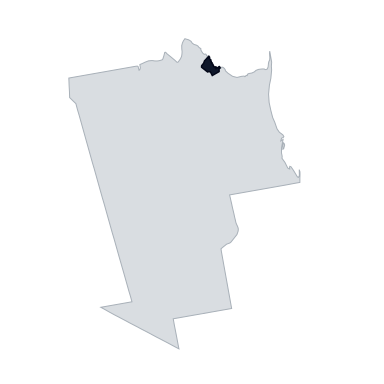 Kaedi, Gorgol, Mauritania shown in context, rotated 170°
{"feature_id": "47542326B29120201182559", "entity_name": "Kaedi", "entity_type": "district", "adm_level": 2, "iso_a3": "MRT", "parent_name": "Mauritania", "parent_adm1": "Gorgol", "projection": "equal_earth", "projection_center": [-13.341, 16.007], "detail": "fine", "context": "in_parent", "style": "filled", "palette": "ink", "viewbox_px": 384, "rotation_deg": 170, "n_neighbors": 0, "source": "geoboundaries", "source_scale": "gbopen_adm2", "svg_char_len": 4894}
<svg xmlns="http://www.w3.org/2000/svg" viewBox="0 0 384 384"><g transform="rotate(170 192 192)"><path d="M169.2,342.6L168.8,342.4L166.8,340.6L165.9,338.5L164.3,336.9L162.2,335.9L160.8,334.7L160.1,333.3L159.3,332.4L158.5,331.9L158.4,331.4L158.6,330.7L158.4,329.5L157.2,326.7L156.0,325.4L155.0,325.6L154.4,325.3L154.1,324.7L154.0,323.8L153.3,323.0L152.1,322.6L151.2,320.6L150.4,316.8L149.5,313.8L148.4,311.7L147.6,310.9L147.0,310.8L146.7,310.5L146.6,309.8L145.7,309.6L144.4,310.3L143.3,310.1L142.8,309.0L142.0,308.9L141.0,309.8L140.0,309.5L138.8,308.2L138.1,306.8L138.0,305.5L136.0,302.8L132.0,298.9L127.8,297.0L123.1,297.3L120.5,297.1L120.0,296.4L119.4,296.5L118.8,297.2L118.2,297.4L117.6,297.0L117.2,297.3L117.0,298.3L115.4,298.8L112.3,298.8L109.7,299.5L107.8,300.7L105.1,301.2L101.6,301.0L99.5,300.6L98.8,299.9L97.8,299.7L96.5,300.1L95.3,302.0L94.3,305.6L93.4,307.6L92.7,308.1L92.0,310.8L91.6,315.2L91.0,317.2L91.0,306.1L92.0,302.0L92.4,298.3L94.6,290.3L97.2,283.8L99.6,275.1L100.5,266.7L100.2,258.5L99.6,251.2L98.4,246.3L97.3,239.4L95.6,235.7L92.6,232.5L91.9,230.6L92.6,229.9L94.5,229.4L95.7,226.9L93.2,227.9L96.1,220.2L97.1,215.0L97.0,211.6L97.5,209.5L95.3,204.9L93.6,199.1L92.7,198.2L91.8,197.7L91.7,199.1L91.2,200.3L90.1,199.6L88.2,195.4L85.6,188.6L84.7,187.9L83.9,188.8L83.4,189.7L82.5,195.4L82.2,193.1L82.6,190.5L83.3,187.2L84.1,182.7L86.4,182.7L90.5,182.7L98.8,182.6L103.0,182.6L111.3,182.6L115.4,182.6L123.7,182.6L127.9,182.6L136.2,182.6L140.3,182.6L148.6,182.6L152.8,182.6L155.5,182.6L155.3,179.3L155.2,176.8L155.0,173.3L154.9,169.9L154.7,166.5L154.5,163.3L154.4,160.1L154.2,157.1L154.1,154.4L153.8,152.8L153.0,149.7L152.8,148.2L153.0,146.6L153.6,145.0L155.2,142.2L157.6,140.1L160.4,137.6L162.6,135.7L163.7,135.2L167.0,134.6L169.7,133.1L172.2,131.7L173.3,131.0L173.4,128.3L173.2,70.4L185.8,70.4L189.1,70.4L212.3,70.4L215.7,70.4L232.5,70.4L232.5,67.7L232.5,63.8L232.4,58.5L232.3,53.1L232.2,43.7L232.1,39.8L235.5,42.4L242.2,47.7L245.6,50.3L252.4,55.5L259.1,60.8L265.9,66.0L269.3,68.7L272.7,71.3L276.1,73.9L279.5,76.6L286.3,81.9L289.2,84.1L293.6,87.6L297.7,91.0L301.8,94.3L295.6,94.3L287.2,94.3L281.5,94.3L275.6,94.3L270.2,94.3L270.7,99.8L271.4,105.7L272.0,111.7L272.6,117.7L273.2,123.6L275.1,141.6L275.7,147.6L276.3,153.6L276.9,159.6L277.6,165.6L278.8,177.7L279.4,183.7L280.0,189.8L280.6,195.8L281.3,201.9L281.9,207.9L283.1,220.0L283.7,226.1L284.3,232.2L285.0,238.3L285.6,244.4L286.2,250.5L286.8,256.6L287.4,262.6L288.6,274.9L289.2,281.0L289.8,287.1L290.5,293.2L291.0,299.2L293.3,302.3L296.1,306.2L295.3,311.8L294.5,318.4L293.5,325.6L285.9,325.6L278.4,325.6L259.7,325.6L255.9,325.6L237.2,325.6L233.4,325.6L226.2,325.6L224.0,325.5L223.3,324.9L223.0,321.1L222.3,321.4L221.6,322.5L221.2,323.7L221.3,325.2L221.2,326.6L218.8,327.1L215.6,328.0L212.1,328.7L208.7,328.4L207.5,328.1L206.2,327.6L203.5,327.1L202.0,327.0L200.3,327.1L198.3,327.4L197.6,328.1L196.1,330.9L194.6,334.2L193.7,334.2L192.6,332.4L189.6,329.0L185.9,324.6L184.3,322.4L183.4,322.2L181.7,323.7L180.2,325.2L178.7,327.4L178.0,329.4L177.4,331.8L177.2,334.7L176.7,338.0L175.4,340.7L173.9,342.7L172.8,343.7L172.4,344.2L169.2,342.6ZM94.5,222.2L93.3,224.5L92.8,223.6L92.6,222.1L93.7,219.8L94.2,218.7L95.1,218.3L94.5,222.2Z" fill="#d9dde1" stroke="#a8b0b8" stroke-width="1"/><path d="M144.4,305.9L143.9,308.7L143.0,309.0L142.9,309.2L142.8,309.4L142.7,309.5L142.8,310.0L143.0,310.3L143.1,310.5L143.3,310.8L143.5,310.8L143.7,310.5L143.7,310.4L143.8,310.4L144.1,310.5L144.3,310.4L144.5,310.3L144.6,310.2L144.9,310.1L145.0,310.0L145.2,309.9L145.3,309.8L145.5,309.8L146.3,310.0L146.5,309.9L146.8,309.7L147.0,309.5L147.1,309.8L147.1,310.0L146.8,310.1L146.5,310.3L146.4,310.6L146.6,311.0L146.9,311.1L147.0,310.9L147.2,310.6L147.3,310.5L147.5,310.5L147.6,311.0L147.8,311.1L148.1,311.3L148.4,311.5L148.5,311.5L148.9,311.7L149.0,311.9L149.0,312.3L148.9,312.8L149.0,312.9L149.1,313.0L149.2,313.3L149.2,313.9L149.3,314.2L149.5,314.5L149.7,314.8L149.8,314.9L150.0,314.9L150.1,315.0L150.1,315.4L150.0,315.5L149.9,315.6L149.8,315.8L149.9,316.0L150.0,316.1L150.3,316.3L150.4,316.5L150.4,316.8L150.4,317.0L150.4,317.4L150.4,317.5L150.5,317.6L150.6,317.8L150.7,318.0L150.8,318.1L151.0,318.3L151.0,318.5L150.9,318.5L150.7,318.4L150.6,318.6L150.5,318.8L150.6,319.0L150.8,319.2L150.9,319.3L151.0,319.4L151.1,319.5L151.3,319.7L151.4,319.8L151.7,320.3L151.8,320.3L151.9,320.5L152.0,320.5L152.1,320.8L152.0,321.1L151.9,321.2L151.8,321.3L151.7,321.3L151.5,321.2L151.4,321.2L151.3,321.4L151.3,321.5L151.3,321.8L151.4,322.0L151.6,322.2L151.6,322.3L151.7,322.6L151.8,322.8L152.0,322.8L152.0,322.7L152.3,322.4L153.9,321.3L153.9,321.2L154.2,321.0L155.5,320.0L156.9,319.0L158.1,316.9L159.3,315.8L160.4,314.9L160.7,314.4L160.8,313.8L160.9,313.2L158.6,310.6L157.5,309.4L157.2,309.0L155.9,307.6L155.6,307.9L155.3,307.8L154.4,307.4L153.1,307.4L152.4,305.1L151.8,303.2L147.1,304.9L145.1,305.6L144.4,305.9Z" fill="#0f172a" stroke="#020617" stroke-width="1.5"/></g></svg>